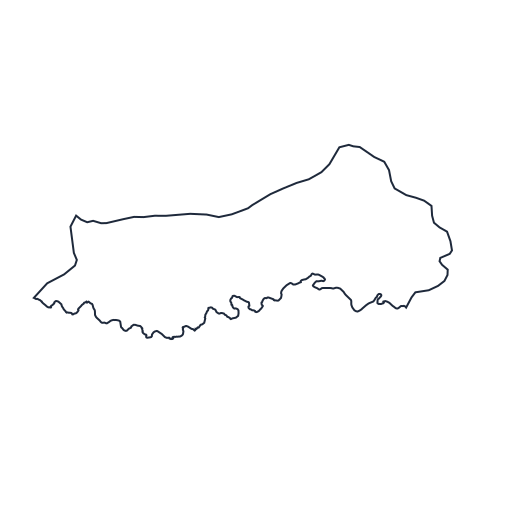 Montes, Canelones, Uruguay (Natural Earth projection), rotated 119°
{"feature_id": "84410073B70597198531673", "entity_name": "Montes", "entity_type": "district", "adm_level": 2, "iso_a3": "URY", "parent_name": "Uruguay", "parent_adm1": "Canelones", "projection": "natural_earth1", "projection_center": [-55.521, -34.52], "detail": "fine", "context": "isolated", "style": "outline", "palette": "slate", "viewbox_px": 512, "rotation_deg": 119, "n_neighbors": 0, "source": "geoboundaries", "source_scale": "gbopen_adm2", "svg_char_len": 6128}
<svg xmlns="http://www.w3.org/2000/svg" viewBox="0 0 512 512"><g transform="rotate(119 256 256)"><path d="M400.3,430.0L400.2,428.6L400.3,428.2L400.2,427.4L399.9,427.1L399.4,426.3L399.5,425.1L399.3,423.5L399.6,422.3L399.6,421.5L399.8,421.1L400.1,421.0L400.6,419.2L401.1,416.3L401.6,414.3L401.6,412.7L401.1,412.0L400.9,411.1L400.4,410.4L400.2,410.4L399.6,411.0L399.2,411.0L398.7,410.9L397.6,410.2L396.9,410.1L395.7,409.6L395.3,409.5L394.6,409.9L394.2,409.9L392.7,409.4L392.3,409.0L392.0,408.3L391.7,406.7L392.6,402.8L393.8,401.7L394.5,400.6L395.1,399.3L395.8,398.4L396.5,396.4L396.6,395.9L397.2,394.9L397.3,394.3L397.3,394.1L396.9,393.9L396.7,393.5L396.4,392.3L395.9,391.4L395.4,390.0L395.5,389.2L396.1,388.4L395.9,387.8L394.4,386.9L393.5,385.8L392.8,385.4L391.2,385.0L389.6,384.9L389.3,385.1L389.0,385.7L388.2,385.8L384.8,384.8L383.1,384.5L381.2,383.6L380.6,383.7L380.1,383.6L379.1,382.6L378.3,382.3L378.8,381.5L378.6,381.1L377.3,380.6L377.1,380.3L377.6,377.8L377.4,376.2L378.0,375.2L380.1,373.2L380.7,372.4L381.3,371.2L381.7,370.7L382.6,370.0L385.6,368.2L386.8,366.5L387.3,365.2L388.2,361.4L388.9,359.8L389.1,358.7L388.8,357.8L387.7,356.2L387.5,354.5L387.2,353.8L384.9,352.5L383.2,351.8L381.8,350.6L380.9,349.5L380.5,348.5L379.9,347.6L379.2,345.6L378.9,344.4L379.2,343.0L379.8,342.5L383.4,339.7L383.8,339.1L383.9,338.2L384.9,335.9L384.9,334.8L384.6,333.5L383.8,332.7L381.3,332.0L379.3,330.6L379.0,330.6L378.1,330.9L375.5,329.7L374.7,328.1L374.3,325.8L373.4,323.4L373.6,322.4L374.3,320.6L374.6,320.7L374.8,320.3L375.7,319.7L376.3,318.9L376.7,318.6L376.9,318.7L377.3,318.6L377.6,318.3L378.1,317.4L378.3,316.4L378.4,314.8L378.1,314.3L378.1,314.0L378.4,313.4L379.4,313.2L380.3,312.5L380.3,311.6L378.4,309.1L377.7,308.4L376.7,308.2L375.1,308.9L372.5,308.6L371.2,308.0L369.7,306.5L369.5,305.8L369.9,300.6L371.1,296.3L370.8,294.2L369.7,292.6L369.5,292.2L369.6,291.8L370.1,291.6L370.1,291.3L369.9,290.1L369.0,288.8L368.2,288.5L367.7,288.6L367.6,288.8L367.7,289.1L367.6,289.5L367.0,289.3L366.2,288.2L365.7,287.0L365.1,286.5L364.5,285.2L363.8,284.4L363.4,283.5L362.1,282.6L361.0,282.1L359.7,282.0L357.2,282.9L356.3,283.7L356.0,284.2L354.2,284.9L354.2,285.4L353.8,285.5L353.5,285.4L352.3,284.1L351.6,283.8L351.0,283.0L350.7,281.2L351.0,277.0L350.5,275.7L351.0,273.5L350.7,273.3L349.9,273.2L349.0,273.6L348.8,272.8L348.1,272.5L347.5,272.6L346.8,272.4L346.6,271.6L346.3,271.4L343.0,271.1L342.4,270.4L341.7,269.8L339.5,268.9L335.2,270.1L334.6,271.0L333.8,271.0L332.0,271.8L331.1,271.8L330.3,271.7L328.1,272.0L326.9,271.6L325.8,271.8L324.8,272.4L324.4,272.4L324.2,272.1L324.0,271.8L322.8,270.6L322.5,269.2L323.0,268.1L322.7,266.2L322.7,265.5L324.2,263.3L324.4,260.9L324.2,260.2L323.9,259.8L323.2,259.4L322.5,258.4L322.2,257.4L321.9,256.1L322.5,254.7L322.3,253.3L322.4,252.9L323.1,251.6L322.8,250.6L322.9,248.8L323.4,247.8L323.4,247.4L321.9,246.3L319.7,243.7L317.0,242.6L314.5,243.5L312.2,244.9L311.9,245.3L311.4,246.4L311.6,248.1L311.8,248.6L312.4,249.3L312.5,249.9L312.1,251.3L311.0,252.7L310.6,252.8L310.4,253.1L310.5,253.9L309.2,254.7L308.7,255.2L308.3,256.2L307.9,256.6L307.0,257.1L305.3,257.2L304.2,256.7L302.4,257.0L302.0,256.7L301.4,255.9L301.2,255.4L301.2,253.0L301.1,252.5L300.0,250.8L299.9,250.4L300.5,249.7L300.6,249.3L300.5,246.6L300.6,244.7L300.5,243.4L300.5,242.1L300.0,240.3L300.1,239.7L300.4,239.4L302.7,237.7L303.8,238.1L304.8,237.5L305.1,237.1L305.5,235.5L305.2,234.9L305.3,233.0L304.6,231.5L304.6,230.1L305.1,229.7L305.0,228.7L304.7,228.2L303.5,227.3L302.3,226.7L300.9,226.5L299.5,226.0L297.6,225.8L296.4,225.8L296.2,226.1L295.8,227.4L294.4,228.5L293.9,228.6L293.3,228.3L291.8,228.6L289.9,228.5L288.8,228.1L288.3,227.6L287.9,226.5L287.6,226.2L286.8,225.9L286.3,225.1L286.1,224.3L285.4,219.9L285.5,219.4L285.9,219.1L285.9,218.3L285.5,217.8L284.7,215.7L284.3,215.0L283.9,214.7L280.6,213.8L278.9,214.3L277.3,214.9L276.4,216.0L275.2,216.5L273.9,216.7L271.1,216.4L266.8,215.1L263.3,213.2L262.9,212.8L262.7,211.8L262.7,210.8L262.9,209.7L262.7,209.2L262.1,208.3L261.8,207.8L259.3,205.7L258.4,205.2L257.2,204.1L256.6,204.6L256.1,204.7L255.2,204.4L254.7,204.1L253.0,202.3L252.4,201.4L252.0,201.1L249.8,199.9L248.2,199.4L246.8,198.5L244.8,198.5L244.3,198.3L243.9,197.9L243.7,195.4L242.1,192.8L241.9,191.6L241.9,188.0L242.0,186.5L242.4,185.9L242.5,185.1L243.1,184.3L244.2,184.3L244.8,184.5L245.4,185.0L245.9,186.8L247.3,188.4L248.1,189.5L248.6,190.7L249.0,191.0L250.8,191.6L254.0,192.0L254.3,191.9L254.7,191.1L254.8,189.6L254.5,186.7L254.7,185.1L254.6,184.3L253.8,183.5L252.5,183.0L252.0,182.6L251.6,182.0L248.4,176.3L247.7,174.9L247.3,173.4L246.9,172.5L245.1,170.8L244.6,170.0L244.1,168.8L243.7,166.5L244.9,162.0L246.0,160.0L246.6,158.4L248.4,151.7L248.9,151.1L249.6,150.6L251.8,149.4L252.7,148.7L254.3,146.8L255.8,143.6L255.8,141.7L255.3,140.2L253.5,138.9L251.6,137.9L250.5,137.6L245.6,135.8L243.1,134.6L242.2,134.0L239.0,131.4L237.6,131.1L234.4,131.0L233.0,130.4L232.2,130.7L231.2,130.7L229.9,130.3L229.4,129.8L229.1,129.1L229.0,128.4L229.1,127.9L229.5,127.4L230.1,127.2L230.9,127.2L232.3,127.6L233.6,127.8L234.3,128.3L235.3,128.4L238.1,127.1L238.4,126.8L238.5,125.6L237.5,123.6L237.1,123.1L236.1,122.3L235.6,121.7L234.9,121.6L234.3,122.5L234.0,122.5L233.5,121.6L233.0,121.4L232.7,121.0L232.3,118.9L232.3,116.6L233.4,112.3L233.5,110.9L233.9,108.6L233.8,107.9L233.4,106.9L233.0,106.5L232.4,106.1L229.6,105.0L229.0,104.2L228.5,103.0L227.9,102.5L227.8,101.0L228.3,99.7L216.8,99.9L210.5,99.0L202.2,88.3L193.9,82.3L186.5,79.1L179.8,79.3L175.0,81.7L173.5,89.0L171.6,92.9L168.3,93.9L160.2,87.6L156.1,87.3L148.8,93.1L142.1,100.7L142.0,109.3L140.6,116.5L135.4,121.5L127.1,126.8L126.1,135.8L127.5,144.3L129.9,154.1L129.7,167.5L125.1,174.0L116.4,181.3L111.4,189.5L112.1,200.6L110.4,218.1L112.9,224.1L113.8,228.7L120.5,235.8L140.1,236.3L150.9,239.4L163.3,247.0L172.4,255.9L183.9,265.1L194.8,273.3L213.2,283.9L218.1,286.1L231.3,297.4L240.0,307.4L243.7,319.3L251.0,334.0L264.6,354.4L269.9,364.1L276.5,373.2L280.9,381.6L288.1,389.9L299.7,402.7L302.4,407.3L304.2,415.5L308.3,420.0L309.0,426.7L307.9,432.9L320.3,432.5L341.6,416.8L346.3,410.8L352.1,409.7L365.1,414.9L381.1,425.4L400.3,430.0Z" fill="none" stroke="#1e293b" stroke-width="2"/></g></svg>